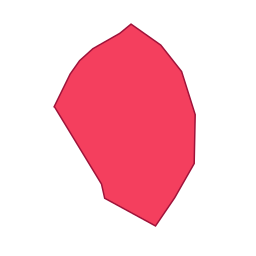 an SVG outline of Asunción, rotated 349°
{"feature_id": "PRY-4837", "entity_name": "Asunción", "entity_type": "Capital District", "adm_level": 1, "iso_a3": "PRY", "parent_name": "Paraguay", "parent_adm1": "", "projection": "robinson", "projection_center": [-57.605, -25.319], "detail": "fine", "context": "isolated", "style": "filled", "palette": "rose", "viewbox_px": 256, "rotation_deg": 349, "n_neighbors": 0, "source": "natural_earth", "source_scale": "10m", "svg_char_len": 348}
<svg xmlns="http://www.w3.org/2000/svg" viewBox="0 0 256 256"><g transform="rotate(349 128 128)"><path d="M136.3,229.4L91.7,192.5L91.3,178.0L60.0,93.5L59.5,93.1L81.6,63.9L93.3,52.7L108.7,43.4L138.0,33.5L150.8,26.6L176.0,52.9L191.4,82.8L196.5,127.7L186.2,175.5L160.5,205.4L136.3,229.4Z" fill="#f43f5e" stroke="#9f1239" stroke-width="1.5"/></g></svg>